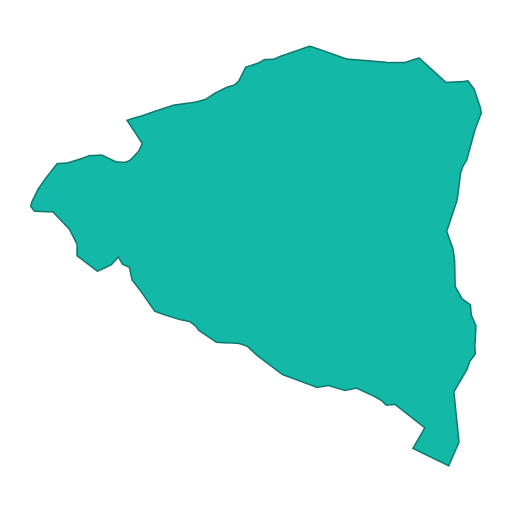 Edati, Niger, Nigeria (Natural Earth projection)
{"feature_id": "59680162B83278495681126", "entity_name": "Edati", "entity_type": "district", "adm_level": 2, "iso_a3": "NGA", "parent_name": "Nigeria", "parent_adm1": "Niger", "projection": "natural_earth1", "projection_center": [5.641, 9.026], "detail": "fine", "context": "isolated", "style": "filled", "palette": "teal", "viewbox_px": 512, "rotation_deg": 0, "n_neighbors": 0, "source": "geoboundaries", "source_scale": "gbopen_adm2", "svg_char_len": 1603}
<svg xmlns="http://www.w3.org/2000/svg" viewBox="0 0 512 512"><path d="M475.2,129.0L481.3,113.0L480.4,107.6L474.0,88.9L467.9,80.8L464.0,81.5L445.9,82.4L419.2,58.0L416.5,58.7L405.1,62.5L387.2,62.6L384.4,62.1L346.6,59.0L312.5,47.0L309.7,46.2L280.9,56.1L273.7,59.2L270.5,59.3L264.6,59.6L258.2,63.1L245.7,67.2L238.8,80.9L237.0,82.7L235.1,84.4L234.3,85.1L227.2,87.1L215.2,93.0L205.8,99.3L195.2,102.2L173.7,105.1L155.5,111.1L140.6,116.3L134.0,118.0L127.0,120.3L134.3,131.3L142.2,143.5L139.0,150.8L132.8,157.5L129.6,160.6L128.8,160.9L124.9,162.4L124.5,162.4L116.0,161.8L101.8,155.1L101.4,155.1L89.2,155.7L81.3,158.7L67.2,163.0L57.2,163.6L45.7,178.3L38.1,189.2L31.8,202.0L30.7,206.3L34.4,211.2L48.0,211.8L52.3,211.8L52.8,211.8L69.4,229.2L77.1,244.4L77.0,255.7L97.5,271.3L111.4,264.7L118.3,256.9L122.5,264.2L129.4,267.3L132.1,280.0L140.6,290.9L154.8,311.3L162.9,314.2L174.4,317.9L180.5,319.7L185.2,320.6L189.7,321.6L192.5,323.7L195.4,325.8L199.0,330.5L216.4,342.3L226.0,342.9L226.4,342.9L227.0,342.8L232.5,343.0L239.1,343.5L247.1,346.1L250.5,349.3L257.2,355.5L268.3,363.9L282.5,374.6L306.1,383.3L317.0,387.4L328.4,385.6L328.7,385.6L344.8,390.4L344.9,390.5L355.9,388.1L356.2,388.0L373.5,396.0L381.9,400.8L386.1,405.1L394.6,404.5L395.1,404.5L424.8,427.8L412.9,448.4L448.7,465.8L459.0,442.2L453.9,391.9L458.9,383.2L467.0,369.4L469.8,361.4L475.3,353.9L474.8,346.0L475.3,339.9L475.9,325.7L471.3,315.1L470.4,304.8L462.1,298.9L455.2,286.5L454.6,260.3L453.0,248.8L446.7,231.4L456.9,200.7L457.7,196.2L460.7,172.3L463.0,166.1L466.8,159.9L470.6,145.8L475.2,129.0Z" fill="#14b8a6" stroke="#0f766e" stroke-width="1.5"/></svg>